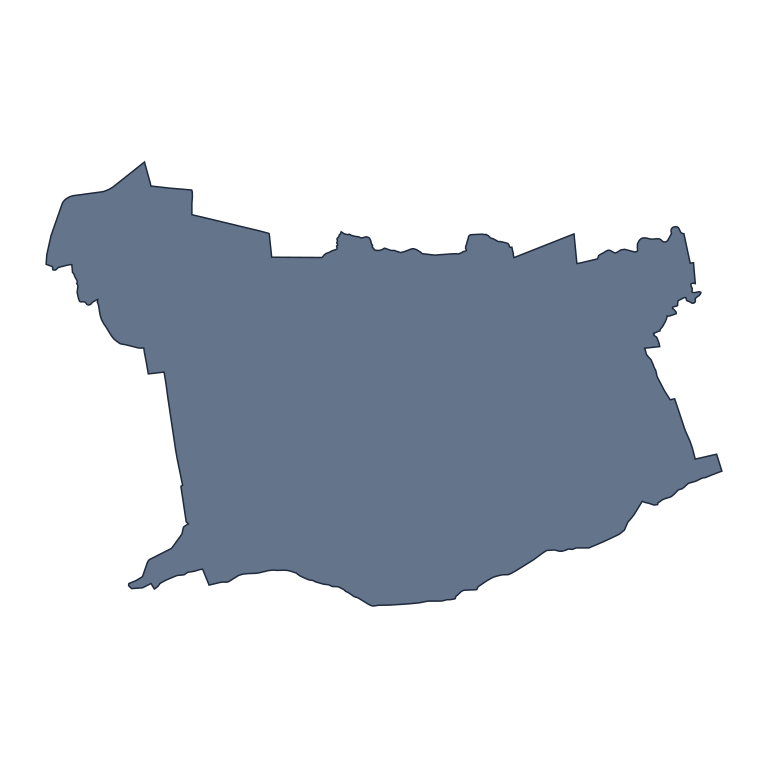 outline of Batar, Bihor, Romania
{"feature_id": "2599482B9759777687605", "entity_name": "Batar", "entity_type": "district", "adm_level": 2, "iso_a3": "ROU", "parent_name": "Romania", "parent_adm1": "Bihor", "projection": "robinson", "projection_center": [21.802, 46.711], "detail": "fine", "context": "isolated", "style": "filled", "palette": "slate", "viewbox_px": 768, "rotation_deg": 0, "n_neighbors": 0, "source": "geoboundaries", "source_scale": "gbopen_adm2", "svg_char_len": 6079}
<svg xmlns="http://www.w3.org/2000/svg" viewBox="0 0 768 768"><path d="M154.3,589.0L155.1,588.6L157.8,586.5L158.7,585.4L159.9,583.5L166.0,580.1L176.3,575.8L177.6,575.4L182.5,575.0L184.3,574.7L187.8,572.3L194.2,571.3L200.1,569.5L202.5,569.2L202.9,569.9L209.1,585.1L219.4,582.6L223.0,582.0L226.3,582.2L228.4,581.8L238.7,575.4L243.0,574.1L248.2,573.6L256.1,573.3L259.3,572.8L268.0,570.7L270.8,570.3L273.5,570.1L277.1,570.4L283.9,570.2L287.2,570.4L290.4,571.1L296.1,573.0L299.5,575.6L303.9,577.8L309.0,579.9L313.4,580.6L315.0,581.7L323.6,584.2L328.7,584.8L332.3,586.5L337.5,586.7L339.1,587.1L343.8,589.6L345.6,591.3L348.8,592.9L353.8,596.4L355.9,597.3L357.6,597.6L368.5,604.3L371.7,605.8L373.4,606.0L375.4,605.8L378.0,605.3L389.3,605.1L408.3,603.9L419.6,602.8L425.8,601.5L428.5,601.1L438.7,601.1L441.6,601.0L443.3,600.7L446.9,599.7L450.1,599.7L454.7,598.9L455.1,598.7L456.0,596.3L456.6,595.6L457.5,595.1L460.7,592.0L462.8,590.6L464.5,590.2L475.0,589.8L476.7,589.6L477.9,587.1L478.4,586.5L487.1,580.6L493.3,577.2L496.9,576.1L502.3,574.8L508.0,574.7L510.4,573.8L515.7,570.9L533.8,559.6L542.0,553.5L545.9,550.9L547.3,550.4L554.0,550.0L554.7,550.0L559.2,551.2L561.9,551.3L566.3,550.0L568.2,549.0L572.5,549.4L576.1,547.9L589.0,547.9L604.6,541.2L617.9,534.9L619.5,534.1L624.4,530.1L627.8,522.2L631.8,517.6L634.4,514.1L642.2,501.4L646.0,502.7L648.9,503.3L653.8,505.0L654.9,505.0L657.6,504.6L658.0,502.8L660.3,501.4L661.4,500.3L664.8,498.7L669.7,497.3L671.4,496.5L674.2,494.2L677.9,490.3L679.1,489.6L682.1,488.8L684.3,487.1L687.9,483.7L688.6,483.3L695.8,481.2L701.7,478.3L702.8,477.9L705.4,477.6L711.9,474.9L721.9,471.1L716.6,454.2L695.1,459.1L694.8,457.4L692.5,448.6L691.5,445.5L689.8,440.7L685.3,430.7L674.7,398.9L674.4,398.8L670.2,399.8L664.4,390.6L657.6,377.6L656.8,375.5L656.3,372.7L655.8,370.7L653.9,366.8L653.5,365.5L651.1,359.8L647.6,356.0L646.4,354.2L644.8,348.2L659.7,346.6L659.1,343.4L657.0,337.8L656.3,336.9L654.5,335.8L653.8,335.1L654.1,334.2L653.6,333.3L657.0,332.0L658.5,331.3L660.0,330.9L660.0,329.7L661.9,327.4L663.5,325.0L665.4,321.4L666.6,318.7L667.1,316.0L668.1,316.2L670.8,315.6L676.2,313.7L676.2,312.2L674.7,310.3L673.4,309.0L672.6,308.5L672.6,307.3L672.8,307.0L676.4,306.2L677.6,305.5L677.7,302.9L678.1,300.6L680.6,299.5L683.7,297.8L685.3,297.5L686.0,297.9L686.5,300.3L686.9,300.7L690.1,302.0L691.6,303.0L692.2,303.2L693.8,303.1L695.1,302.1L695.4,301.2L695.4,300.4L695.1,299.1L695.3,298.6L697.0,297.0L698.7,295.9L699.9,294.7L700.8,293.2L700.9,292.4L699.9,291.9L699.3,291.7L694.0,292.7L692.2,292.2L691.9,291.6L692.3,289.3L692.2,288.2L691.1,286.2L690.8,284.3L691.1,283.8L692.2,283.3L693.8,283.3L695.3,283.6L693.5,262.7L690.2,263.2L683.9,233.7L682.1,233.3L681.2,232.8L680.7,232.2L678.8,228.3L678.0,227.4L677.2,226.9L676.4,226.7L675.4,226.7L673.2,227.2L672.5,227.6L671.7,228.5L671.2,229.5L671.0,231.7L671.4,232.7L671.5,233.3L671.1,234.3L668.5,239.0L667.5,240.6L666.5,241.6L665.1,242.0L663.8,241.9L662.2,241.1L660.7,239.5L659.4,238.9L656.7,238.7L653.1,239.1L651.5,239.1L649.9,238.9L646.8,238.1L644.7,237.9L642.9,238.0L641.7,238.3L639.9,239.7L639.0,240.8L637.5,243.8L637.3,247.6L637.5,248.7L637.5,250.5L637.1,251.4L634.8,252.0L624.7,249.3L620.9,249.9L617.0,252.3L615.2,252.9L614.2,252.7L610.3,250.5L609.0,250.2L608.0,250.2L605.5,251.4L604.0,252.5L600.4,254.4L598.6,255.6L597.7,258.8L580.2,263.0L576.9,263.5L574.0,233.9L514.0,257.6L513.4,255.4L513.3,253.4L512.3,249.4L511.9,247.2L510.0,247.3L509.4,246.4L508.8,244.6L507.9,243.5L505.0,242.6L500.8,241.6L500.1,241.5L498.4,241.6L493.3,238.8L490.7,238.0L490.1,237.6L488.5,235.8L485.9,234.4L484.2,234.6L482.9,234.2L481.2,234.2L472.5,234.6L470.8,234.8L469.8,235.1L469.1,235.7L468.7,236.3L468.1,238.6L467.7,239.7L466.4,244.6L465.7,246.2L465.6,248.6L466.4,249.7L466.2,250.6L465.2,251.2L463.1,251.6L461.9,252.6L458.2,254.0L456.4,253.7L451.1,253.9L434.7,255.1L422.5,253.7L421.7,253.3L420.7,252.2L419.6,251.5L416.6,249.7L414.0,248.8L413.2,248.7L411.5,248.9L404.4,251.6L400.9,252.5L400.1,252.5L397.6,251.5L396.3,251.3L394.8,250.5L390.9,250.4L384.8,248.2L384.3,248.3L382.0,249.6L380.0,250.3L378.2,250.5L374.9,250.1L374.2,249.6L373.8,248.7L372.5,247.3L372.3,246.9L372.5,246.0L372.5,245.2L371.4,243.7L370.7,240.5L369.8,238.7L369.0,237.8L368.1,237.3L366.5,236.8L365.8,236.9L362.3,237.8L361.4,237.9L360.6,237.8L358.9,236.9L355.5,236.4L351.7,235.5L349.4,234.3L348.7,234.3L347.4,234.7L346.4,234.3L344.7,234.0L342.0,232.4L341.2,231.8L340.3,234.0L339.2,235.1L338.9,236.4L337.0,238.7L337.0,239.4L337.5,241.1L336.8,242.5L336.8,243.0L337.0,243.5L337.5,244.1L337.6,244.5L337.5,245.1L336.6,246.1L336.6,246.6L337.1,247.8L337.2,248.3L337.0,248.8L336.3,249.4L332.3,250.7L331.0,251.3L329.6,252.2L327.2,253.0L325.8,253.7L324.2,254.9L322.7,256.8L322.0,257.5L271.7,257.2L269.3,234.4L268.9,233.4L260.0,231.0L191.9,214.7L191.9,203.5L192.4,197.2L192.3,192.5L192.1,191.1L191.7,190.0L169.4,188.1L151.6,186.1L151.3,186.3L150.8,186.1L150.7,185.1L150.2,182.8L144.5,162.0L113.1,186.9L109.2,189.3L104.3,191.3L102.0,191.8L73.0,195.7L69.8,196.7L66.6,198.5L64.4,200.3L62.7,202.6L62.2,203.7L51.0,235.7L46.8,254.6L46.1,264.3L52.3,266.6L52.6,267.3L52.7,269.4L53.0,269.8L53.4,270.0L55.1,270.1L56.2,269.6L57.7,267.9L58.6,267.4L66.8,265.3L69.3,264.8L71.8,264.6L72.5,272.4L73.5,273.5L74.2,274.6L74.6,276.2L75.7,278.3L76.4,279.4L77.0,280.7L77.3,282.8L76.7,283.6L77.7,285.0L77.9,286.3L77.1,292.4L78.6,299.0L79.5,301.0L79.8,301.5L80.8,301.9L84.4,301.8L85.5,302.5L86.7,304.2L87.3,304.6L88.3,305.0L89.0,304.9L89.9,304.7L91.0,304.0L91.9,302.9L93.6,301.5L97.7,299.4L97.8,300.0L97.3,302.4L98.1,303.7L98.7,306.3L99.9,313.8L100.5,316.4L101.6,319.8L104.1,324.3L106.0,327.0L111.4,335.8L113.7,338.8L116.4,341.1L119.7,343.4L120.9,343.9L125.9,344.8L138.6,348.0L143.8,348.1L144.5,353.1L146.2,361.7L148.3,373.9L164.1,372.1L166.1,384.7L167.8,397.5L175.7,450.4L177.3,459.4L182.6,485.3L180.9,486.3L186.2,521.9L188.4,523.8L184.0,526.6L183.4,527.4L182.0,533.7L181.3,534.9L172.5,547.1L171.4,548.3L170.7,548.8L149.7,559.4L148.5,560.4L147.4,562.4L142.5,576.6L136.0,580.6L128.9,583.5L128.6,585.7L131.6,588.6L142.6,587.8L151.0,583.5L154.3,589.0Z" fill="#64748b" stroke="#1e293b" stroke-width="1.5"/></svg>